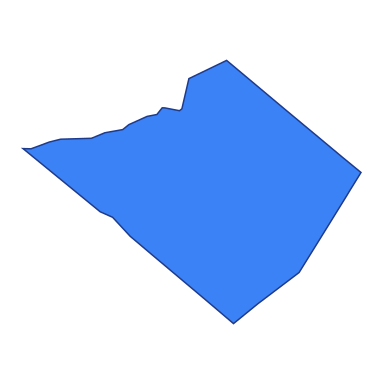 the district of Berks, Pennsylvania, United States of America
{"feature_id": "52423323B66852864614856", "entity_name": "Berks", "entity_type": "district", "adm_level": 2, "iso_a3": "USA", "parent_name": "United States of America", "parent_adm1": "Pennsylvania", "projection": "equal_earth", "projection_center": [-75.986, 40.407], "detail": "fine", "context": "isolated", "style": "filled", "palette": "blue", "viewbox_px": 384, "rotation_deg": 0, "n_neighbors": 0, "source": "geoboundaries", "source_scale": "gbopen_adm2", "svg_char_len": 532}
<svg xmlns="http://www.w3.org/2000/svg" viewBox="0 0 384 384"><path d="M226.6,60.4L188.9,78.6L181.9,108.8L179.5,110.7L164.9,107.9L162.2,107.8L156.9,114.5L147.1,116.4L128.9,124.6L122.7,129.6L105.0,132.7L91.4,138.3L60.6,139.2L49.4,142.0L31.0,148.8L23.0,148.6L100.2,211.8L112.6,217.3L130.2,236.3L152.3,255.0L170.0,269.9L208.0,301.9L233.5,323.6L257.8,303.8L299.1,272.5L320.6,237.9L346.3,196.4L349.8,190.6L361.0,172.5L342.5,157.3L319.4,138.0L307.0,127.7L283.0,107.7L226.6,60.4Z" fill="#3b82f6" stroke="#1e3a8a" stroke-width="1.5"/></svg>